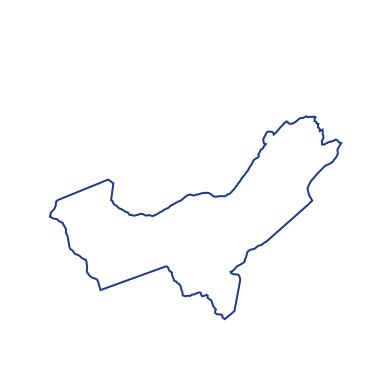 the district of Banabuiú, Ceará, Brazil, rotated 216°
{"feature_id": "56859067B2884991819750", "entity_name": "Banabuiú", "entity_type": "district", "adm_level": 2, "iso_a3": "BRA", "parent_name": "Brazil", "parent_adm1": "Ceará", "projection": "equal_earth", "projection_center": [-38.898, -5.294], "detail": "fine", "context": "isolated", "style": "outline", "palette": "blue", "viewbox_px": 384, "rotation_deg": 216, "n_neighbors": 0, "source": "geoboundaries", "source_scale": "gbopen_adm2", "svg_char_len": 3994}
<svg xmlns="http://www.w3.org/2000/svg" viewBox="0 0 384 384"><g transform="rotate(216 192 192)"><path d="M292.5,88.5L288.2,89.2L286.9,89.9L284.8,90.7L282.6,90.2L280.5,90.6L278.4,91.0L277.0,90.0L275.4,89.5L273.8,88.6L272.3,88.0L271.1,86.6L270.1,84.9L268.5,84.2L266.9,83.3L265.8,82.2L264.7,81.2L263.3,79.9L262.2,78.7L260.9,77.5L259.5,76.2L258.3,75.1L257.2,74.3L255.8,74.2L254.3,74.4L252.9,74.1L251.1,73.2L249.3,73.3L247.9,74.0L246.2,74.2L244.2,74.1L242.8,73.8L241.2,74.0L239.6,74.1L238.2,74.8L236.6,73.8L234.8,71.8L233.4,70.4L232.2,68.9L231.3,67.1L230.4,66.0L228.8,65.1L227.0,64.5L225.0,64.0L223.5,64.0L221.7,64.1L219.3,65.1L217.0,65.2L215.1,64.2L213.2,62.6L211.7,61.4L210.2,60.3L208.4,58.9L169.6,116.2L168.3,117.0L166.5,116.6L164.6,115.2L162.7,115.0L160.9,115.0L159.9,113.6L158.7,112.7L157.1,111.7L155.5,110.7L154.3,109.8L153.0,109.9L151.7,110.4L150.0,109.7L147.9,109.9L146.2,109.4L144.6,108.0L143.0,106.6L141.2,105.6L140.0,104.3L138.7,102.9L137.1,103.5L135.8,103.9L134.5,105.5L132.4,106.9L131.6,109.2L130.0,110.3L129.2,112.3L128.1,113.5L127.2,115.0L125.8,115.6L124.1,114.3L122.7,113.6L121.1,115.0L120.0,117.2L118.4,117.4L117.4,115.6L115.4,115.4L113.1,115.8L111.4,114.8L110.0,113.7L107.5,112.0L103.6,111.0L103.2,109.0L102.2,107.8L100.2,107.6L98.1,108.9L96.1,110.1L94.9,109.8L93.8,108.7L92.4,108.4L90.7,108.4L88.2,118.5L87.8,120.9L100.9,148.4L101.9,149.9L103.3,151.1L104.6,151.9L106.0,152.3L110.3,149.8L112.8,149.4L113.9,150.2L112.7,151.9L112.3,154.6L112.0,157.5L111.5,159.4L110.3,161.4L108.8,165.1L108.6,167.0L109.4,168.5L110.4,172.2L111.2,174.1L111.9,176.2L111.1,179.3L109.2,181.5L108.0,182.9L106.8,187.3L105.7,188.7L104.7,189.9L103.8,193.3L102.6,195.9L93.8,235.7L90.6,250.2L89.7,255.7L91.2,256.4L94.5,257.9L96.1,258.8L98.5,260.8L100.7,263.0L101.3,265.0L101.8,268.4L102.2,271.0L101.8,274.1L101.6,278.0L101.0,283.0L100.0,289.6L99.6,291.6L97.4,295.4L96.5,297.3L95.9,299.6L96.1,301.6L95.8,305.2L96.6,308.9L97.9,310.3L99.0,311.4L99.5,313.3L100.0,319.3L101.7,318.6L103.3,318.7L104.7,319.3L106.4,319.0L108.3,315.4L110.2,313.5L112.0,310.2L112.9,308.1L114.7,306.8L115.5,308.1L116.7,309.1L117.4,312.9L119.0,314.8L120.6,316.1L123.0,319.2L124.5,316.4L126.0,318.3L128.1,318.4L129.2,319.9L129.8,321.4L131.3,320.6L132.8,321.9L134.4,321.2L135.9,323.3L136.0,325.1L137.4,324.8L138.9,323.4L140.8,322.1L142.8,320.4L144.1,320.4L144.9,318.7L146.0,316.8L147.8,315.5L148.7,312.8L149.2,310.4L150.0,308.0L151.1,306.1L153.0,304.7L154.4,304.3L155.6,304.9L157.1,304.6L157.7,302.3L158.0,299.0L158.5,296.2L158.7,293.4L158.9,290.8L159.1,288.7L159.6,286.5L160.7,287.4L162.4,287.8L164.0,286.8L165.5,286.0L166.6,284.4L166.3,282.4L165.8,279.2L165.4,276.7L164.2,275.2L162.4,273.6L160.5,274.1L160.6,270.9L160.4,268.4L161.2,266.7L160.8,264.8L160.5,262.7L160.2,261.0L158.9,260.3L159.2,258.0L160.1,256.4L160.8,254.2L160.4,251.1L159.9,249.4L160.0,247.0L159.7,244.1L159.4,242.1L159.6,239.0L159.5,236.7L159.9,232.7L159.6,230.5L159.5,228.3L159.7,226.1L159.5,223.9L159.7,222.2L159.6,220.0L159.8,217.3L160.1,215.1L160.5,212.4L161.8,211.2L162.3,208.9L163.5,207.4L164.9,206.5L166.3,205.6L168.2,203.9L169.8,202.2L171.9,201.1L173.9,201.2L175.4,201.3L177.1,201.2L179.1,200.4L180.6,199.3L181.8,198.0L183.4,196.8L184.4,195.3L185.5,193.7L187.0,192.4L188.4,190.2L190.2,189.5L191.7,189.0L193.0,187.8L194.0,185.7L194.8,183.6L195.3,181.5L195.7,179.6L196.4,177.7L197.7,175.9L198.9,173.3L199.7,171.5L200.4,169.9L201.3,168.5L201.4,166.7L202.0,164.9L203.0,163.3L204.3,160.9L204.8,158.9L206.0,156.8L206.9,154.0L208.2,151.9L209.2,149.9L210.5,149.0L212.3,148.4L214.1,147.3L215.4,145.8L216.6,145.5L218.6,145.3L220.4,144.5L221.6,142.9L223.1,140.9L224.8,138.9L226.4,138.2L227.8,137.6L229.3,136.8L230.6,137.3L232.1,137.7L233.7,136.9L235.6,136.9L237.3,136.8L239.4,136.6L241.3,135.9L243.1,136.2L244.9,136.6L246.7,136.1L248.7,136.4L249.9,137.2L251.1,138.0L252.7,137.9L260.7,152.8L267.1,152.8L295.8,106.6L296.2,104.2L295.3,102.6L294.1,100.7L293.8,98.9L293.4,97.1L293.8,94.6L294.2,92.6L293.4,91.0L292.5,88.5Z" fill="none" stroke="#1e3a8a" stroke-width="2"/></g></svg>